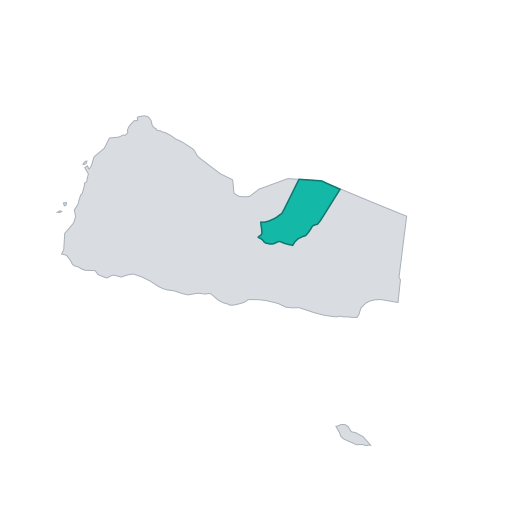 location of Al Qaff, Hadramawt, Yemen, rotated 31°
{"feature_id": "15242507B27832262197062", "entity_name": "Al Qaff", "entity_type": "district", "adm_level": 2, "iso_a3": "YEM", "parent_name": "Yemen", "parent_adm1": "Hadramawt", "projection": "albers", "projection_center": [48.909, 17.431], "detail": "fine", "context": "in_parent", "style": "filled", "palette": "teal", "viewbox_px": 512, "rotation_deg": 31, "n_neighbors": 0, "source": "geoboundaries", "source_scale": "gbopen_adm2", "svg_char_len": 8094}
<svg xmlns="http://www.w3.org/2000/svg" viewBox="0 0 512 512"><g transform="rotate(31 256 256)"><path d="M401.7,222.7L385.5,229.0L381.3,231.7L377.5,235.1L374.6,239.3L372.7,246.5L374.3,253.1L374.3,256.6L370.1,259.0L366.2,260.8L361.8,263.4L359.2,264.1L357.0,266.2L354.5,267.7L345.4,271.5L335.5,274.5L319.6,278.1L313.5,281.9L307.9,284.5L299.4,285.3L287.8,288.9L281.3,291.8L273.3,296.4L271.5,297.9L270.1,301.3L267.6,304.3L262.7,309.1L259.1,311.6L256.6,311.7L251.9,313.0L246.3,313.3L236.9,311.6L234.4,312.7L232.4,314.6L225.2,317.9L217.7,324.4L212.3,326.1L203.5,328.1L197.4,330.8L193.2,331.9L187.9,332.4L178.1,332.0L168.8,332.8L160.1,334.6L156.0,338.0L151.3,343.5L143.7,345.7L141.9,347.7L139.5,351.7L134.6,352.7L130.1,353.3L125.6,351.4L117.0,356.2L113.7,356.9L108.8,357.0L105.3,358.0L102.8,357.6L99.7,355.6L93.2,353.0L88.3,354.4L88.0,349.7L80.4,335.1L82.5,322.6L82.5,320.9L81.1,315.2L76.5,310.0L76.8,303.5L75.4,298.8L74.3,294.0L74.7,292.8L74.8,291.6L72.7,284.2L71.9,282.7L71.6,281.2L72.5,280.0L72.5,278.7L71.3,276.4L70.1,272.0L63.7,268.5L65.1,265.4L66.4,266.5L68.0,267.5L68.4,265.5L68.5,263.9L66.1,254.3L70.5,241.8L69.6,230.3L75.7,225.9L77.3,224.5L78.2,223.3L79.7,220.8L81.7,220.0L82.5,217.2L82.4,215.9L81.2,214.7L80.4,211.4L80.8,207.4L81.2,205.7L81.9,202.6L84.1,201.5L84.6,200.6L83.0,198.6L83.2,197.4L86.9,194.3L88.3,193.3L90.7,192.4L92.5,192.4L94.5,193.1L96.4,194.0L98.1,195.8L100.0,197.7L102.9,198.5L104.9,198.4L106.5,199.3L107.9,198.8L109.5,197.9L112.0,198.0L114.2,197.0L120.6,196.6L126.8,197.1L133.2,196.3L139.7,196.5L146.1,196.7L147.6,196.9L149.0,197.5L154.4,200.5L158.5,201.2L166.8,202.1L175.7,203.1L183.4,203.9L189.9,203.3L195.3,202.8L196.8,202.9L198.4,204.8L201.6,209.3L204.7,213.5L210.1,213.8L213.6,212.3L217.4,210.1L219.7,208.3L222.5,201.5L224.2,197.0L228.3,192.1L231.6,187.9L236.1,182.4L238.5,179.3L243.4,173.3L248.0,170.9L256.8,166.4L265.5,161.9L271.2,159.0L276.0,157.7L284.1,156.5L293.5,155.1L303.0,153.7L313.1,152.2L324.3,150.6L332.0,149.4L341.8,147.9L350.0,146.6L357.2,145.5L364.7,144.3L366.1,147.6L367.6,151.0L369.1,154.3L370.5,157.6L372.0,161.0L373.5,164.3L375.0,167.7L376.4,171.0L377.9,174.3L379.4,177.7L380.9,181.0L382.4,184.3L383.8,187.7L385.3,191.0L386.8,194.4L388.3,197.7L389.7,200.9L392.1,202.0L393.5,205.1L395.5,209.5L397.6,213.9L399.6,218.3L401.7,222.7ZM427.0,357.0L429.0,357.4L432.1,356.1L440.9,355.7L451.7,359.2L449.7,360.2L448.6,361.6L443.9,363.0L439.3,366.0L425.8,367.7L421.8,367.0L418.4,364.3L412.3,360.9L414.6,358.5L415.1,357.4L416.0,356.4L419.4,354.6L422.8,354.8L427.0,357.0ZM66.6,311.0L66.1,311.7L65.6,311.5L63.6,309.7L65.9,307.8L67.0,309.6L66.6,311.0ZM61.6,266.0L60.6,266.7L60.3,265.4L61.1,262.5L62.2,261.7L62.8,263.9L62.3,265.1L61.6,266.0ZM65.3,320.0L63.1,320.9L64.6,318.3L66.2,317.8L66.6,317.9L65.3,320.0Z" fill="#d9dde1" stroke="#a8b0b8" stroke-width="1"/><path d="M293.7,155.5L291.7,155.8L289.2,156.0L286.5,156.4L283.9,156.7L281.3,157.0L278.7,157.3L276.2,157.5L273.6,157.8L271.2,159.0L269.8,159.7L268.4,160.5L266.1,161.6L264.6,162.4L263.1,163.1L260.8,164.3L259.4,165.0L257.9,165.8L255.7,166.9L253.4,168.1L253.8,173.9L255.2,191.0L255.4,193.6L256.0,201.0L256.1,203.4L256.1,203.6L256.2,203.9L256.2,204.1L256.2,204.4L256.2,204.6L256.2,204.8L256.2,205.5L256.2,205.8L256.1,206.0L256.1,206.3L256.0,206.5L256.0,206.8L255.9,207.0L255.7,207.4L255.6,207.6L255.5,207.9L255.4,208.1L255.2,208.4L255.1,208.6L255.0,208.9L254.9,209.2L254.8,209.4L254.7,209.7L254.6,209.9L254.5,210.1L254.4,210.3L254.3,210.6L254.3,210.8L254.2,211.0L254.1,211.3L254.0,211.5L253.9,211.8L253.7,212.0L253.5,212.4L253.4,212.7L253.2,213.1L253.1,213.3L253.0,213.5L252.9,213.8L252.7,214.0L252.5,214.5L252.3,214.7L252.2,214.9L252.0,215.1L251.9,215.3L251.8,215.5L251.7,215.6L251.5,215.8L251.4,216.0L251.2,216.2L251.1,216.4L250.9,216.6L250.8,216.8L250.7,217.0L250.5,217.3L250.3,217.5L250.2,217.8L250.0,218.0L249.8,218.3L249.7,218.5L249.4,218.9L249.2,219.1L249.1,219.3L248.9,219.5L248.6,219.8L248.4,220.0L248.2,220.2L248.0,220.4L247.9,220.6L247.7,220.8L247.5,221.0L247.3,221.2L247.2,221.3L247.0,221.5L246.8,221.7L246.4,222.1L246.1,222.4L245.9,222.6L245.7,222.7L245.5,222.9L245.4,222.9L245.3,223.0L245.1,223.1L244.9,223.2L244.7,223.3L244.3,223.6L243.8,223.9L243.6,224.0L243.4,224.1L243.2,224.2L243.0,224.3L242.7,224.5L242.9,224.9L243.0,225.1L243.3,225.4L243.4,225.6L243.6,225.9L243.8,226.2L244.0,226.4L244.2,226.7L244.3,226.9L244.5,227.0L244.9,227.5L245.4,228.0L245.5,228.2L245.7,228.5L245.8,228.5L246.0,228.8L246.2,229.0L246.4,229.2L246.5,229.4L246.7,229.7L246.8,229.9L247.0,230.1L247.1,230.3L247.3,230.5L247.6,230.9L247.8,231.1L247.9,231.3L248.0,231.5L248.2,231.8L248.3,232.0L248.5,232.2L248.6,232.3L248.8,232.6L248.9,232.8L249.0,232.9L249.0,233.0L249.2,233.3L249.3,233.6L249.4,233.8L249.5,234.0L249.6,234.5L249.6,234.8L249.5,235.0L249.4,235.3L249.4,235.5L249.2,235.9L249.1,236.1L249.0,236.4L248.9,236.6L248.8,236.8L248.7,237.1L248.6,237.4L248.5,237.6L248.5,237.8L248.4,238.1L248.3,238.3L248.3,238.6L248.2,238.8L248.3,238.9L248.6,238.9L248.9,238.8L249.1,238.8L249.4,238.8L249.7,238.8L250.0,238.7L250.3,238.7L250.5,238.7L251.0,238.7L251.4,238.7L251.7,238.7L252.0,238.7L252.4,238.7L252.6,238.8L252.9,238.8L253.1,238.8L253.4,238.9L253.6,239.0L253.8,239.0L254.1,239.1L254.3,239.1L254.6,239.3L254.8,239.4L255.0,239.5L255.4,239.7L255.6,239.8L255.8,239.8L256.1,239.9L256.3,239.9L256.6,239.9L257.2,239.9L257.4,239.9L257.6,239.9L257.9,239.8L258.0,239.8L258.3,239.7L258.6,239.6L258.8,239.5L259.0,239.5L259.2,239.4L259.4,239.3L259.7,239.2L259.9,239.1L260.2,239.0L260.4,239.0L260.6,238.9L260.9,238.8L261.1,238.8L261.4,238.7L261.6,238.6L261.8,238.5L262.1,238.4L262.3,238.2L262.5,238.1L262.8,237.9L263.0,237.8L263.2,237.7L263.4,237.6L263.6,237.3L263.9,237.2L264.0,237.1L264.2,236.9L264.4,236.8L264.6,236.6L264.8,236.4L265.0,236.2L265.3,235.8L265.4,235.6L265.6,235.4L265.7,235.2L265.9,234.9L266.1,234.7L266.3,234.4L266.4,234.1L266.6,233.8L266.7,233.6L266.9,233.4L267.0,233.1L267.2,232.9L267.3,232.7L267.5,232.4L267.7,232.2L267.9,232.1L268.1,231.9L268.3,231.8L268.6,231.6L268.8,231.5L269.0,231.4L269.4,231.2L269.7,231.2L269.8,231.1L270.1,231.0L270.3,231.0L270.6,231.0L270.9,230.9L271.1,230.9L271.3,230.9L271.5,230.9L271.9,230.8L272.2,230.8L272.4,230.8L272.6,230.7L272.9,230.7L273.1,230.6L273.3,230.6L273.6,230.5L273.9,230.5L274.1,230.5L274.2,230.4L274.3,230.4L274.5,230.4L274.8,230.3L275.0,230.2L275.3,230.1L275.6,230.0L275.9,229.9L276.2,229.8L276.3,229.8L276.6,229.7L276.9,229.7L277.2,229.6L277.4,229.5L277.7,229.5L277.9,229.4L278.2,229.3L278.5,229.2L278.9,229.1L279.1,229.0L279.3,228.9L279.6,228.8L279.8,228.7L280.1,228.6L280.5,228.5L280.7,228.4L281.0,228.3L281.2,228.2L281.5,228.1L282.0,228.0L282.0,227.7L282.0,227.4L282.0,227.2L282.0,226.9L282.0,226.7L282.0,226.4L282.0,226.1L282.0,225.9L282.0,225.4L282.0,225.2L282.0,224.7L282.0,224.2L282.1,223.7L282.2,223.2L282.3,222.9L282.3,222.7L282.4,222.3L282.5,222.0L282.6,221.8L282.7,221.5L282.7,221.3L282.8,221.0L282.8,220.8L282.9,220.6L283.0,220.4L283.0,220.1L283.1,219.9L283.2,219.7L283.3,219.5L283.4,219.2L283.6,218.8L283.7,218.6L283.9,218.4L284.0,218.2L284.5,217.6L284.6,217.4L284.8,217.2L285.0,216.7L285.2,216.4L285.4,216.1L285.5,215.9L285.6,215.7L285.8,215.5L286.0,215.3L286.2,215.1L286.3,215.0L286.4,214.9L286.6,214.7L286.9,214.4L287.1,214.1L287.3,213.9L287.5,213.7L287.8,213.3L287.9,213.1L288.0,212.8L288.1,212.6L288.2,212.4L288.2,212.2L288.3,211.9L288.3,211.6L288.4,211.4L288.4,211.2L288.4,210.9L288.5,210.7L288.5,210.4L288.6,210.2L288.6,209.9L288.6,209.7L288.7,209.2L288.8,209.0L288.8,208.7L288.8,208.2L288.8,207.9L288.9,207.7L288.9,207.4L288.9,207.2L288.9,206.9L288.9,206.7L289.0,206.2L289.0,205.4L289.0,204.9L289.0,204.6L289.0,204.3L289.0,204.1L289.0,203.8L289.0,203.5L288.9,203.3L288.9,202.8L289.0,202.5L289.0,202.2L289.0,201.7L289.1,201.4L289.1,201.2L289.2,200.7L289.4,200.5L289.5,200.3L289.6,200.1L289.7,199.9L289.9,199.8L290.1,199.6L290.3,199.3L290.4,199.1L290.6,198.9L290.7,198.7L290.9,198.6L291.1,198.4L291.2,198.2L291.4,198.1L291.6,197.9L291.9,197.6L292.1,197.4L292.2,197.2L292.3,197.0L292.4,196.7L292.4,196.2L292.5,196.1L292.5,195.8L292.6,195.5L293.0,192.5L293.2,183.1L293.3,177.0L293.7,155.5Z" fill="#14b8a6" stroke="#0f766e" stroke-width="1.5"/></g></svg>